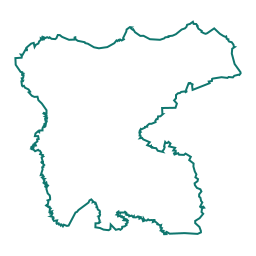 Tangerang, Banten, Indonesia (Albers equal-area conic projection)
{"feature_id": "22746128B62876177397182", "entity_name": "Tangerang", "entity_type": "district", "adm_level": 2, "iso_a3": "IDN", "parent_name": "Indonesia", "parent_adm1": "Banten", "projection": "albers", "projection_center": [106.513, -6.182], "detail": "fine", "context": "isolated", "style": "outline", "palette": "teal", "viewbox_px": 256, "rotation_deg": 0, "n_neighbors": 0, "source": "geoboundaries", "source_scale": "gbopen_adm2", "svg_char_len": 5745}
<svg xmlns="http://www.w3.org/2000/svg" viewBox="0 0 256 256"><path d="M197.6,233.9L200.9,232.4L200.9,231.0L199.4,226.9L195.2,223.1L195.2,220.9L199.6,218.2L203.2,213.8L201.5,212.0L201.9,209.3L202.3,208.0L204.1,207.7L203.3,206.6L200.7,207.3L200.1,206.7L202.3,202.4L201.1,201.0L200.4,197.7L199.1,196.6L199.2,194.2L201.4,191.5L200.4,189.3L196.9,187.9L194.9,185.1L194.6,183.3L197.5,181.2L198.0,179.1L195.4,177.3L196.4,174.4L194.8,171.5L193.4,166.5L193.6,163.5L189.2,160.1L190.8,156.8L185.5,153.6L184.0,154.9L179.0,154.7L178.2,153.2L174.5,154.5L174.0,153.4L175.7,152.4L175.7,150.7L173.3,150.5L175.1,147.8L169.1,146.4L170.5,143.5L168.5,141.9L167.7,142.9L166.0,143.0L165.2,142.0L164.1,146.5L164.7,147.1L164.0,149.2L162.3,151.3L162.8,151.9L157.7,150.7L156.2,148.2L152.1,147.7L152.2,147.0L151.0,146.9L151.0,145.8L150.1,146.3L147.2,145.2L149.7,142.2L143.2,139.4L142.1,137.9L140.0,138.2L140.8,137.2L140.5,135.6L139.6,135.5L140.0,132.7L139.4,132.6L139.6,131.5L140.5,131.6L139.9,130.5L140.8,129.0L141.2,129.4L144.9,127.7L145.0,126.9L147.2,126.7L147.1,125.7L149.3,123.8L151.5,123.8L155.6,122.1L155.3,120.9L156.4,119.1L157.6,119.1L158.1,116.4L160.4,116.3L162.9,114.1L162.4,114.1L162.1,108.0L175.5,107.8L176.9,103.6L174.1,100.4L176.0,98.3L176.0,95.0L178.1,93.2L179.8,93.1L181.2,91.9L184.7,91.4L185.6,92.2L186.5,91.6L186.1,89.9L188.7,83.1L189.8,83.0L189.6,83.7L190.9,83.5L192.6,84.4L192.1,85.8L192.6,89.9L209.6,83.2L208.8,81.5L211.9,81.0L212.1,78.9L212.7,78.6L221.5,77.2L227.5,77.9L228.6,77.0L232.9,77.4L234.3,75.8L238.4,74.7L239.3,75.0L240.6,73.4L240.5,72.2L234.6,64.0L231.8,53.6L232.2,48.7L234.7,47.0L233.8,46.8L233.5,44.7L231.7,42.2L229.2,41.6L228.2,40.3L228.4,39.3L226.7,38.8L226.2,36.5L225.5,36.9L223.4,36.0L219.9,33.8L214.2,28.4L207.2,33.2L205.7,33.8L204.3,33.4L201.5,32.0L201.8,31.0L198.4,28.7L197.1,26.2L197.6,25.9L196.2,24.0L193.6,23.9L192.9,21.8L190.0,23.9L187.1,24.8L186.5,26.8L184.9,28.4L181.7,29.5L175.9,34.2L172.5,35.7L168.5,36.2L168.5,37.0L165.3,37.3L164.2,38.4L160.0,39.8L149.9,39.2L143.5,35.8L140.3,35.9L135.0,32.2L133.2,29.3L132.6,29.7L131.0,28.4L130.8,27.6L131.3,27.3L129.9,27.1L126.6,29.5L126.3,31.5L123.1,38.1L123.9,39.3L121.8,40.4L122.4,40.9L120.1,39.5L119.4,40.6L118.5,40.0L117.6,41.1L116.5,40.4L114.3,43.2L107.3,47.1L98.9,48.3L94.0,47.3L87.8,43.7L85.2,43.1L84.7,42.2L77.7,40.8L75.4,39.1L75.3,37.3L74.6,37.5L74.4,39.6L69.0,39.8L62.1,36.9L59.8,35.1L57.8,35.0L56.4,38.2L55.2,39.1L51.5,38.8L49.6,37.3L48.8,38.0L47.1,37.2L45.5,38.0L43.8,37.3L44.4,38.6L43.9,39.3L42.3,37.8L42.2,39.3L40.8,38.4L40.9,39.9L39.1,41.4L38.4,43.5L35.8,44.8L34.6,46.9L33.7,42.9L31.2,43.6L26.3,47.8L26.0,48.7L27.0,49.3L26.9,50.2L25.2,50.2L22.6,54.8L20.9,54.6L21.9,56.1L21.6,57.7L15.4,58.1L15.7,64.8L20.6,71.9L22.2,72.2L22.2,73.0L23.2,73.4L22.1,74.2L22.2,75.1L23.6,75.3L23.1,77.9L21.7,78.3L22.3,80.2L23.2,80.4L22.9,81.2L21.4,81.4L22.0,85.6L22.6,86.3L23.9,85.8L25.0,87.7L28.5,89.4L30.1,91.7L28.7,92.3L31.9,95.8L34.4,96.9L37.5,96.7L38.4,100.2L41.8,103.5L46.5,110.2L46.5,113.2L45.5,113.5L43.9,112.9L43.5,113.5L46.6,115.2L46.6,116.2L45.1,116.6L47.1,118.0L46.8,118.8L45.6,118.3L45.1,118.8L45.5,120.8L47.5,121.3L46.3,121.6L46.0,122.9L44.3,124.0L44.3,124.9L45.7,124.7L45.4,126.3L44.6,127.0L43.5,126.4L42.5,128.3L42.5,130.4L39.3,130.5L39.2,132.1L38.0,131.3L35.5,133.5L34.9,136.1L38.1,136.1L38.7,139.0L37.1,139.4L37.4,141.4L34.9,143.2L35.9,145.5L35.0,145.7L34.2,144.4L33.5,144.4L32.7,146.0L33.6,147.3L33.3,148.2L32.0,148.2L32.7,147.6L32.2,146.5L31.2,147.2L31.5,149.1L33.5,149.6L35.1,151.2L38.9,149.5L38.1,150.3L39.9,150.8L41.1,152.7L40.2,154.2L42.8,155.0L42.4,155.7L43.3,156.4L41.6,157.5L42.6,161.0L41.4,162.2L41.8,162.8L43.0,162.3L43.0,163.7L44.2,165.0L43.3,165.8L43.4,166.9L42.2,167.3L42.6,169.5L40.8,175.0L42.5,174.7L43.7,176.6L42.0,177.4L43.4,178.8L44.6,178.9L43.7,179.8L44.5,180.9L43.5,182.8L44.6,183.7L46.3,182.5L46.8,184.7L48.0,185.5L47.4,186.3L45.7,185.3L45.2,186.6L46.6,187.6L46.4,189.0L47.7,193.4L49.7,195.4L50.1,197.6L50.1,199.5L47.6,200.4L48.4,201.4L47.6,205.6L46.6,205.0L46.1,205.5L48.1,206.7L50.4,206.8L49.0,207.4L50.7,208.4L49.9,209.3L49.5,211.9L51.2,211.5L50.2,212.6L50.3,213.4L52.1,212.4L52.5,213.5L51.3,215.4L51.7,216.1L50.7,216.4L53.4,217.2L53.6,218.1L52.7,218.9L53.9,220.9L57.1,220.4L56.4,223.0L56.8,223.8L58.6,223.3L58.9,224.5L60.1,224.4L60.7,225.5L61.6,224.6L62.9,226.3L63.8,224.7L66.9,225.9L68.6,225.6L75.5,212.5L77.0,211.9L78.5,210.0L88.5,202.6L89.5,200.4L91.3,199.4L92.8,201.0L92.6,202.3L93.6,201.9L95.4,202.6L95.3,203.7L95.9,203.6L96.7,205.7L96.5,207.1L97.2,207.1L97.8,209.5L99.6,210.6L100.0,212.1L99.4,213.0L100.1,214.3L99.8,215.6L98.6,216.2L99.2,216.5L98.6,217.6L99.7,220.7L99.1,222.4L99.6,222.5L98.8,223.2L95.5,223.3L95.4,227.3L100.0,228.0L103.5,229.6L108.7,230.2L110.4,229.0L110.7,224.5L115.8,229.8L119.0,229.0L120.4,229.8L122.1,228.4L122.2,226.8L124.6,226.4L126.6,224.9L125.9,223.9L127.6,222.6L127.1,221.6L127.9,220.7L126.8,219.5L125.8,220.5L123.6,220.2L124.8,218.7L123.6,218.2L123.7,217.1L122.8,217.3L121.9,216.2L121.2,217.0L120.2,215.9L118.1,216.3L118.2,214.9L116.7,214.6L117.8,213.5L117.1,212.5L118.4,211.6L118.5,212.5L119.9,212.5L120.2,213.3L120.6,212.5L124.5,212.5L125.0,211.8L126.3,212.8L125.9,213.9L127.2,214.3L126.8,214.9L129.1,215.3L129.2,216.3L131.7,215.6L132.9,216.9L133.8,216.2L133.8,217.3L136.0,217.4L137.9,216.4L139.4,216.8L137.8,217.3L139.7,217.4L139.6,218.5L140.9,217.9L142.2,218.7L143.1,221.2L143.9,220.9L143.9,219.1L144.5,220.1L146.7,220.6L148.1,219.4L149.2,220.2L152.0,220.0L153.2,220.8L152.9,222.0L154.0,221.6L153.9,220.0L154.5,220.0L154.6,221.1L157.7,223.6L157.4,224.3L160.3,225.2L160.3,225.7L161.0,225.3L160.5,227.7L161.9,228.1L160.7,230.4L162.0,230.6L161.3,230.9L162.4,231.9L163.6,231.8L164.1,234.2L166.4,234.1L165.8,232.6L166.6,231.9L169.7,233.7L184.5,233.1L197.6,233.9Z" fill="none" stroke="#0f766e" stroke-width="2"/></svg>